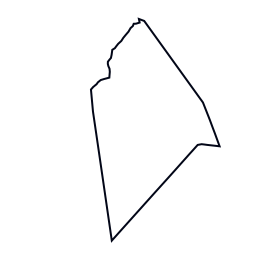 the district of Martinópole, Ceará, Brazil, rotated 236°
{"feature_id": "56859067B4010642262930", "entity_name": "Martinópole", "entity_type": "district", "adm_level": 2, "iso_a3": "BRA", "parent_name": "Brazil", "parent_adm1": "Ceará", "projection": "orthographic", "projection_center": [-40.613, -3.149], "detail": "fine", "context": "isolated", "style": "outline", "palette": "ink", "viewbox_px": 256, "rotation_deg": 236, "n_neighbors": 0, "source": "geoboundaries", "source_scale": "gbopen_adm2", "svg_char_len": 769}
<svg xmlns="http://www.w3.org/2000/svg" viewBox="0 0 256 256"><g transform="rotate(236 128 128)"><path d="M61.6,193.7L74.9,197.0L77.9,197.7L81.7,198.6L89.1,200.4L107.2,204.4L152.6,203.0L207.7,201.3L212.3,198.0L208.9,196.6L210.0,193.0L211.2,191.0L209.8,189.0L209.4,186.0L207.6,182.3L206.5,178.3L205.4,174.6L203.9,171.1L203.3,167.0L202.3,163.9L201.5,161.7L201.6,158.7L197.8,155.3L195.6,153.0L195.0,150.8L194.2,148.4L192.4,147.1L190.2,146.3L187.4,145.8L184.7,144.3L182.6,142.6L180.2,140.7L182.0,135.5L183.0,132.2L182.7,128.6L181.9,126.5L181.5,122.2L180.6,118.8L161.3,108.2L123.2,89.9L93.1,75.4L43.7,51.6L47.6,67.0L59.4,114.0L65.5,138.6L71.8,163.4L75.0,176.3L73.4,180.0L71.5,182.2L69.8,184.1L64.2,190.7L61.6,193.7Z" fill="none" stroke="#020617" stroke-width="2"/></g></svg>